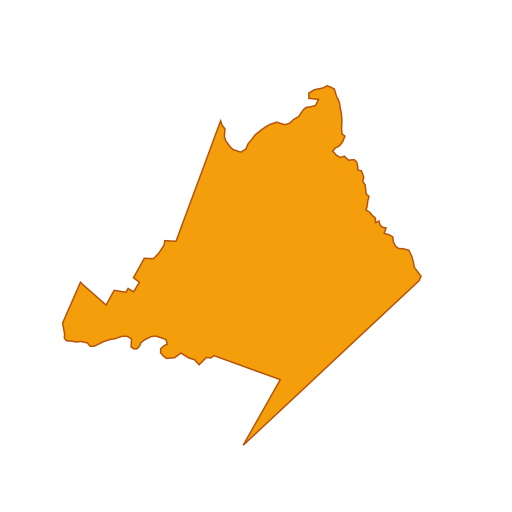 outline of Cabaceiras, Paraíba, Brazil, rotated 198°
{"feature_id": "56859067B3444043587564", "entity_name": "Cabaceiras", "entity_type": "district", "adm_level": 2, "iso_a3": "BRA", "parent_name": "Brazil", "parent_adm1": "Paraíba", "projection": "natural_earth1", "projection_center": [-36.284, -7.453], "detail": "fine", "context": "isolated", "style": "filled", "palette": "amber", "viewbox_px": 512, "rotation_deg": 198, "n_neighbors": 0, "source": "geoboundaries", "source_scale": "gbopen_adm2", "svg_char_len": 2051}
<svg xmlns="http://www.w3.org/2000/svg" viewBox="0 0 512 512"><g transform="rotate(198 256 256)"><path d="M331.4,373.6L332.1,357.1L333.1,330.8L335.9,263.5L336.6,245.3L347.5,242.4L346.8,237.8L349.2,229.0L352.6,221.8L361.5,219.3L365.8,197.4L358.8,195.0L361.3,184.1L367.6,185.6L368.5,181.3L380.3,179.5L383.4,163.0L411.4,175.1L414.8,176.8L419.2,132.4L413.9,122.6L412.9,118.6L410.0,116.8L405.0,118.1L400.7,118.6L396.0,120.6L389.4,121.2L385.9,119.0L382.0,120.2L375.1,126.9L369.3,131.4L365.1,133.4L358.5,138.3L353.7,139.8L348.9,138.8L347.7,134.8L346.8,131.0L343.5,129.9L340.5,131.0L339.0,134.2L338.6,138.2L336.2,141.7L330.9,146.9L326.7,148.9L316.0,148.9L313.1,144.7L315.8,142.3L318.0,138.3L316.8,134.5L313.5,132.4L309.6,130.9L301.9,134.2L297.4,140.5L292.6,139.3L288.4,138.2L282.5,138.4L276.5,135.0L271.8,144.2L267.5,145.1L265.0,148.3L260.1,148.1L226.1,146.9L194.7,145.9L209.7,72.1L158.4,164.9L145.1,189.1L93.2,283.0L92.8,287.7L97.3,290.9L101.8,294.0L104.9,299.6L108.0,304.1L112.5,308.7L118.7,308.4L122.4,307.2L126.3,308.4L129.8,312.0L131.8,316.4L136.1,317.4L141.1,317.0L141.0,322.9L144.6,322.4L147.6,323.8L149.8,327.3L152.6,324.7L154.2,329.0L158.3,330.7L161.4,332.8L165.5,333.7L165.7,338.4L166.7,342.7L167.0,347.6L170.3,349.0L172.1,352.9L174.3,357.5L177.6,360.0L177.8,364.1L180.1,367.1L182.4,369.7L185.7,369.1L186.9,372.7L189.3,376.5L192.4,377.9L197.8,375.7L202.8,378.2L206.4,375.7L211.1,376.9L215.5,379.6L213.8,383.4L210.7,386.4L208.8,391.8L208.5,397.5L211.8,398.6L214.0,403.5L215.3,408.4L216.5,412.4L219.2,418.6L222.0,423.5L223.7,426.9L225.9,430.0L228.5,432.3L230.6,435.4L233.0,438.9L236.3,439.6L241.0,439.9L244.2,436.5L248.4,434.2L252.0,432.0L256.1,427.3L254.4,422.2L250.1,423.2L244.9,424.2L245.9,417.4L250.6,414.6L254.3,412.8L256.3,409.4L258.4,402.0L262.4,397.5L265.2,392.5L269.1,389.8L273.2,389.7L277.6,389.7L283.3,385.6L286.9,381.6L290.1,377.3L294.3,370.9L296.1,365.4L298.3,359.9L298.6,354.7L302.4,350.1L310.7,350.1L314.7,352.1L320.3,356.1L323.0,359.9L324.8,367.2L328.7,370.0L331.4,373.6Z" fill="#f59e0b" stroke="#b45309" stroke-width="1.5"/></g></svg>